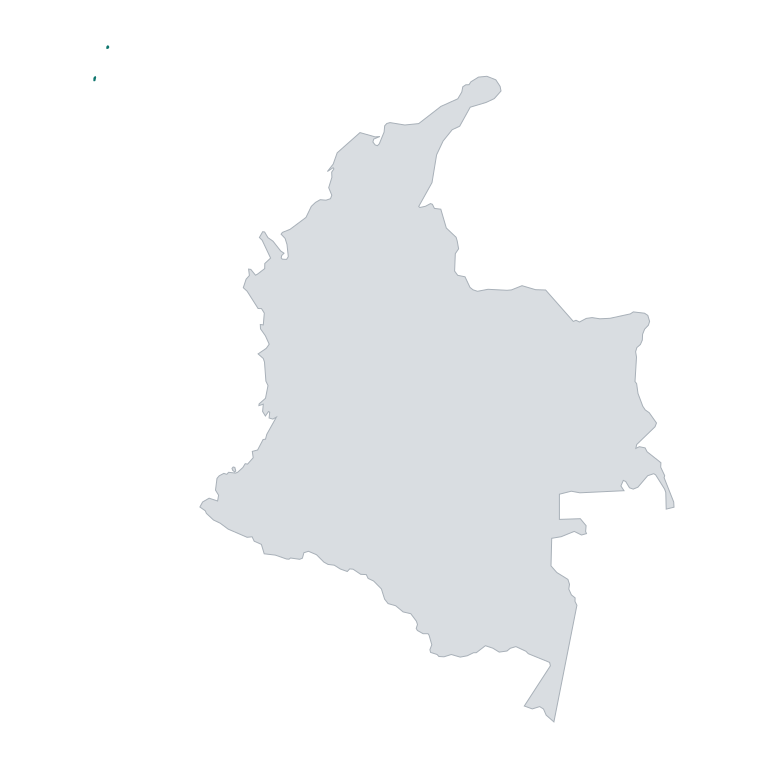 Colombia, with San Andrés y Providencia highlighted
{"feature_id": "COL-1342", "entity_name": "San Andrés y Providencia", "entity_type": "Department", "adm_level": 1, "iso_a3": "COL", "parent_name": "Colombia", "parent_adm1": "", "projection": "orthographic", "projection_center": [-81.079, 13.04], "detail": "fine", "context": "in_parent", "style": "filled", "palette": "teal", "viewbox_px": 768, "rotation_deg": 0, "n_neighbors": 0, "source": "natural_earth", "source_scale": "10m", "svg_char_len": 3982}
<svg xmlns="http://www.w3.org/2000/svg" viewBox="0 0 768 768"><path d="M494.3,98.6L486.2,102.4L470.2,107.2L459.7,126.2L452.2,129.7L443.1,141.0L436.6,154.8L432.0,182.6L418.7,206.5L419.8,207.5L425.4,206.3L430.5,203.6L432.4,204.3L434.4,208.4L440.8,209.2L446.3,228.0L456.1,237.3L457.2,241.0L458.6,248.8L455.3,253.7L454.6,271.1L457.7,275.3L465.0,276.8L470.0,287.4L473.0,289.8L477.5,291.3L488.0,289.3L507.0,290.3L511.5,289.9L522.0,285.7L535.6,289.7L545.6,290.0L573.3,321.4L576.0,320.3L579.5,322.0L586.3,318.4L592.1,317.6L599.9,318.8L610.0,318.3L630.3,313.9L633.3,311.9L644.5,313.2L647.8,315.4L649.6,321.4L648.4,325.2L644.6,329.2L642.6,334.2L642.3,340.1L640.4,344.5L636.9,347.5L635.6,351.7L636.5,357.1L635.0,381.6L636.6,383.6L638.0,393.5L642.8,406.3L645.2,409.9L649.2,412.7L656.5,423.0L655.0,426.8L636.7,444.5L635.8,448.4L639.4,446.7L645.1,447.9L647.1,451.8L660.9,462.7L660.7,467.2L664.7,475.7L664.1,477.7L673.7,502.0L674.0,507.2L666.2,509.1L665.8,492.5L664.6,489.1L655.6,474.8L653.7,473.7L647.7,475.7L637.9,487.2L633.2,489.1L629.5,487.8L625.7,481.5L623.3,480.4L620.9,486.0L624.0,490.7L579.9,492.8L571.3,491.2L559.4,494.2L559.4,519.4L580.3,518.7L586.1,525.7L585.6,531.5L586.5,533.6L581.5,535.0L574.2,531.4L561.2,536.7L551.7,538.3L551.0,565.9L556.8,572.5L567.9,579.4L569.5,584.3L568.8,589.1L571.4,594.9L575.1,597.9L575.0,601.4L576.9,605.3L553.9,721.9L546.2,715.2L543.5,709.0L539.7,706.6L532.3,708.9L524.3,706.0L550.4,665.8L549.6,662.4L528.3,653.7L526.0,651.3L515.9,646.6L510.2,648.3L507.0,651.0L499.2,652.1L492.9,648.2L485.4,645.7L476.3,652.7L473.6,652.7L467.2,655.8L460.2,657.1L451.3,654.5L444.0,656.8L438.9,656.5L437.1,654.5L430.6,652.4L429.9,649.7L431.8,644.8L429.1,635.3L428.0,633.7L423.1,633.7L417.4,630.5L416.2,628.4L417.5,624.5L416.4,621.2L410.8,613.7L403.1,611.9L395.6,605.7L388.1,603.6L384.6,599.1L381.4,588.9L373.6,581.0L368.1,578.4L366.3,574.6L360.7,574.3L353.1,569.2L349.7,568.9L347.3,571.5L340.3,569.0L334.3,565.2L328.0,564.4L323.9,562.1L316.5,554.7L308.5,551.3L303.9,552.7L302.4,558.2L299.7,559.3L290.5,558.0L289.0,559.2L286.5,559.0L275.3,555.1L264.2,553.8L261.4,544.4L254.2,541.2L252.1,536.8L247.1,537.3L228.1,529.1L220.2,523.2L213.5,520.0L206.4,513.4L205.3,510.8L199.9,507.0L202.6,502.0L209.1,498.2L217.6,501.0L218.6,495.2L215.5,490.1L217.0,478.4L219.2,475.8L223.8,473.4L226.8,474.3L228.6,472.3L235.5,473.1L237.6,472.3L242.9,467.5L245.2,463.7L247.6,464.1L253.2,457.7L252.3,451.4L257.6,450.0L263.1,439.5L265.5,439.2L266.8,434.3L276.4,417.1L272.9,419.1L269.1,418.0L269.7,412.2L268.5,411.5L265.4,416.0L262.6,411.5L263.3,404.2L258.9,405.6L259.1,403.9L265.5,398.3L268.0,385.6L265.9,381.1L264.5,362.1L263.3,358.5L258.1,353.9L266.3,348.3L269.2,344.2L265.4,335.8L260.5,328.8L260.3,324.5L263.3,324.9L264.3,313.1L261.5,308.6L258.1,308.5L247.1,291.2L243.3,287.7L246.1,279.2L249.4,275.5L248.6,269.1L250.8,269.4L255.5,275.2L257.4,274.2L264.7,268.6L264.8,263.5L270.6,258.1L262.2,240.3L259.4,237.5L262.7,231.7L264.6,232.0L267.9,237.6L273.0,241.2L280.7,251.0L284.0,253.2L281.7,255.5L281.2,257.9L282.3,259.2L286.6,259.4L288.3,256.6L287.0,244.5L285.1,238.4L281.1,234.2L282.4,232.4L290.1,229.3L306.0,217.4L311.3,206.4L315.5,202.4L320.2,199.7L326.0,200.2L330.5,198.7L331.8,195.2L328.7,187.7L331.9,177.3L331.7,172.1L333.9,168.9L333.1,167.7L327.4,171.5L333.2,164.1L337.2,152.8L360.0,132.6L375.2,136.9L379.9,136.5L373.7,139.1L372.9,142.0L375.1,144.9L377.4,145.7L379.3,143.8L384.1,132.1L384.7,125.8L386.8,123.5L390.0,122.6L404.8,125.0L418.7,123.6L440.9,106.4L457.8,98.8L461.8,92.0L462.8,86.8L465.8,84.8L469.0,84.7L470.9,81.8L478.5,77.1L486.9,76.3L495.8,79.8L500.1,86.4L501.0,91.0L494.3,98.6ZM235.8,471.0L234.7,471.9L232.7,470.4L232.0,468.4L233.2,467.0L234.8,467.4L235.8,471.0Z" fill="#d9dde1" stroke="#a8b0b8" stroke-width="1"/><path d="M94.4,79.7L94.1,78.9L94.2,78.1L94.6,77.4L95.2,77.0L95.4,77.4L94.7,80.4L94.2,80.5L94.0,80.1L94.4,79.7ZM107.1,48.2L107.0,47.4L107.3,46.5L107.8,46.1L108.3,46.4L108.5,47.1L108.3,47.7L107.8,48.1L107.1,48.2Z" fill="#14b8a6" stroke="#0f766e" stroke-width="1.5"/></svg>